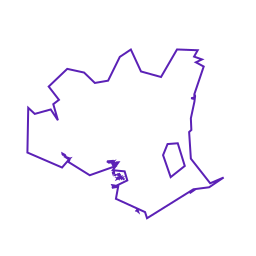 Panamá, Panama, rotated 278°
{"feature_id": "35544464B75623018343213", "entity_name": "Panamá", "entity_type": "district", "adm_level": 2, "iso_a3": "PAN", "parent_name": "Panama", "parent_adm1": "", "projection": "robinson", "projection_center": [-79.506, 9.204], "detail": "medium", "context": "isolated", "style": "outline", "palette": "violet", "viewbox_px": 256, "rotation_deg": 278, "n_neighbors": 0, "source": "geoboundaries", "source_scale": "gbopen_adm2", "svg_char_len": 1833}
<svg xmlns="http://www.w3.org/2000/svg" viewBox="0 0 256 256"><g transform="rotate(278 128 128)"><path d="M176.8,76.8L178.1,59.6L158.0,43.7L146.3,55.7L141.2,50.7L125.9,57.5L135.6,48.9L129.0,33.7L134.1,26.4L89.7,31.8L79.7,68.2L89.6,74.6L89.0,73.2L90.8,69.5L91.2,69.3L91.6,69.8L92.5,69.1L92.4,67.3L92.9,66.8L93.6,66.6L92.6,69.2L91.7,69.9L90.9,69.5L89.7,74.7L86.0,73.9L75.9,96.7L88.3,120.5L89.1,118.3L90.8,117.2L92.8,118.4L91.4,115.8L92.0,114.8L91.0,114.0L91.7,112.5L92.2,112.6L93.4,117.8L92.2,118.9L90.8,117.6L89.4,119.4L92.3,121.3L92.7,123.3L84.1,118.8L84.6,130.7L76.0,134.6L66.5,120.4L68.5,126.4L56.2,125.9L47.1,156.6L41.3,159.4L76.4,201.3L80.6,216.6L92.3,229.6L84.7,217.1L106.4,194.5L132.5,189.1L134.9,191.0L146.3,188.9L163.2,190.1L169.0,190.0L170.4,189.4L168.0,189.9L166.6,189.4L166.0,188.5L166.3,186.4L167.4,189.5L170.7,189.0L199.4,194.4L202.5,186.1L206.2,191.7L207.9,183.5L214.7,186.2L212.6,165.6L183.1,153.6L185.8,133.0L206.1,119.9L197.3,110.0L172.1,101.7L168.0,88.9L176.8,76.8ZM106.0,166.5L117.6,169.4L119.8,179.4L98.3,189.5L85.3,177.1L106.0,166.5ZM76.0,201.1L72.0,198.1L76.3,202.8L76.0,201.1ZM78.1,126.2L77.5,127.3L78.8,127.9L78.1,126.2ZM48.3,148.5L47.3,148.0L47.3,149.0L48.3,148.5ZM76.8,124.6L76.0,124.3L76.5,125.1L76.8,124.6ZM79.8,122.0L79.8,121.0L79.4,121.8L79.8,122.0ZM69.2,120.5L68.5,121.0L69.2,121.6L69.2,120.5ZM77.1,126.1L76.9,124.8L76.3,126.1L77.1,126.1ZM46.5,149.7L47.3,149.3L47.1,148.7L46.5,149.7ZM82.0,120.4L81.4,120.1L81.4,120.5L82.0,120.4ZM80.6,125.0L80.2,124.5L80.1,125.0L80.6,125.0ZM77.7,129.1L77.3,128.3L76.9,128.6L77.7,129.1ZM86.5,119.6L85.8,119.3L86.4,119.7L86.5,119.6ZM82.1,119.6L81.7,119.2L81.1,119.5L82.1,119.6ZM76.3,131.5L76.8,131.0L76.7,130.9L76.3,131.5ZM80.8,125.9L81.2,125.7L81.1,125.4L80.8,125.9ZM78.4,126.5L78.8,126.5L78.4,126.2L78.4,126.5Z" fill="none" stroke="#5b21b6" stroke-width="2"/></g></svg>